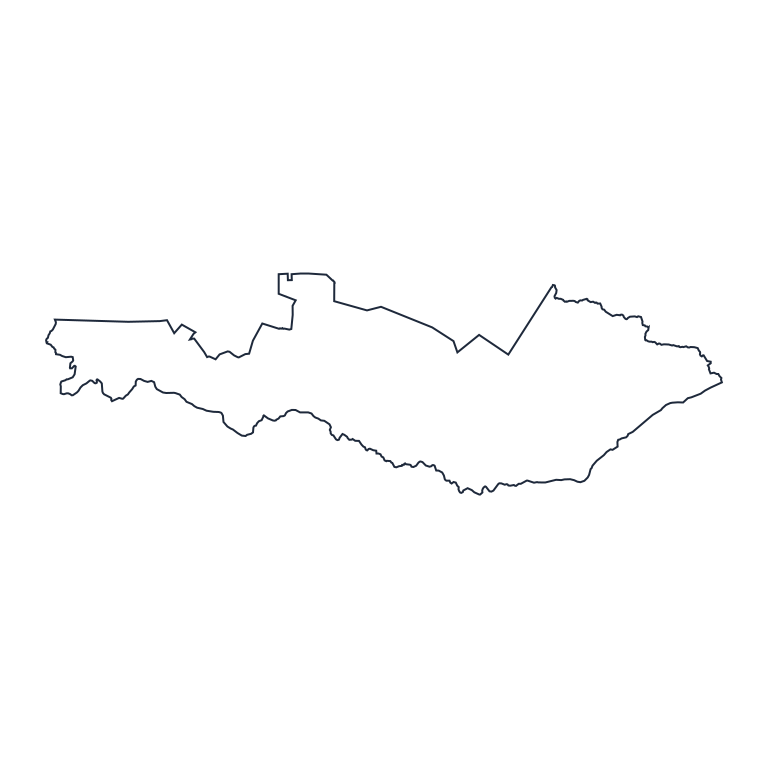 outline of Kafue, Lusaka, Zambia
{"feature_id": "96606910B70191271227661", "entity_name": "Kafue", "entity_type": "district", "adm_level": 2, "iso_a3": "ZMB", "parent_name": "Zambia", "parent_adm1": "Lusaka", "projection": "mercator", "projection_center": [28.513, -15.723], "detail": "fine", "context": "isolated", "style": "outline", "palette": "slate", "viewbox_px": 768, "rotation_deg": 0, "n_neighbors": 0, "source": "geoboundaries", "source_scale": "gbopen_adm2", "svg_char_len": 6058}
<svg xmlns="http://www.w3.org/2000/svg" viewBox="0 0 768 768"><path d="M399.1,466.2L401.7,465.9L402.2,465.6L402.2,464.9L403.9,464.8L404.3,463.8L405.1,463.4L405.9,464.2L409.9,464.7L410.7,465.1L411.5,466.7L413.4,467.0L416.2,465.7L418.4,462.7L419.6,461.7L420.6,461.5L422.5,462.1L425.8,465.5L429.5,466.7L431.3,466.2L432.4,465.1L433.6,465.1L434.6,465.7L436.2,470.5L438.7,470.6L442.2,472.5L443.9,475.5L444.8,479.2L445.4,480.0L446.4,480.7L449.5,480.7L450.3,482.6L451.6,483.5L453.6,482.0L455.8,482.6L457.2,485.6L458.7,487.1L458.5,489.3L459.1,491.0L460.0,492.4L461.2,492.9L462.8,492.1L463.3,490.5L467.6,488.2L471.8,490.1L474.3,492.3L479.2,494.5L480.2,494.5L482.4,492.5L482.2,490.6L482.6,489.2L483.6,487.5L485.1,486.4L486.0,486.8L489.5,491.3L491.4,491.6L493.4,490.6L498.3,484.0L499.3,483.3L501.4,483.4L504.7,484.7L506.6,484.2L507.5,484.4L508.4,485.5L510.3,485.7L513.9,485.0L514.6,485.6L516.0,485.9L518.7,483.8L520.8,483.8L526.7,480.6L527.6,480.6L534.0,482.7L537.1,482.1L538.2,482.4L545.2,482.5L556.1,479.8L561.3,480.1L564.4,479.4L570.2,479.2L574.2,480.2L577.4,481.7L580.4,482.2L584.4,480.8L587.7,477.5L589.1,474.9L590.6,469.1L591.6,468.1L592.5,465.7L596.8,460.7L603.8,455.2L606.6,452.0L610.4,449.4L612.6,449.8L617.6,446.6L617.4,442.0L618.2,439.8L619.7,439.5L621.6,438.4L626.2,437.3L627.7,435.7L628.2,434.1L632.7,431.9L652.7,414.9L660.9,410.1L662.4,408.2L666.0,405.0L670.2,403.1L672.3,402.7L677.9,402.3L683.1,402.5L687.8,398.2L691.4,397.3L700.7,393.7L705.0,390.6L710.6,387.6L721.9,382.4L721.0,379.6L721.4,378.0L719.5,376.1L718.3,374.0L716.6,374.0L714.0,372.7L710.5,373.4L708.9,369.2L709.2,368.3L708.7,366.8L707.8,365.4L710.7,363.3L710.7,361.7L707.1,361.0L703.6,355.3L703.0,355.3L701.8,356.4L700.5,355.6L699.9,354.1L700.2,353.0L700.0,351.9L698.8,350.5L697.7,348.1L694.4,347.2L690.6,347.0L689.3,347.5L687.9,347.4L686.2,346.3L683.3,347.1L682.4,346.8L680.4,347.2L679.3,346.9L678.8,346.1L677.1,346.4L673.2,345.1L672.1,345.5L668.7,344.5L664.0,344.3L661.4,344.8L659.8,343.6L658.9,343.5L657.2,344.4L655.2,342.3L654.1,341.9L652.7,342.2L651.7,341.7L649.7,341.7L648.1,341.3L646.4,340.2L645.8,340.4L645.2,339.9L644.9,337.0L645.5,335.4L645.4,333.8L646.5,331.6L648.2,330.1L648.6,327.5L648.4,327.7L647.5,326.6L645.4,326.3L644.8,325.4L642.8,325.1L642.3,323.0L642.5,321.5L641.0,317.0L638.2,316.3L637.0,317.1L634.8,316.4L630.0,316.7L628.0,317.9L626.9,319.1L626.4,319.2L625.5,318.9L623.8,317.0L623.3,315.5L621.9,314.6L620.4,314.8L620.1,315.3L616.7,314.8L612.7,316.1L605.7,311.7L604.2,309.7L602.5,309.3L601.6,307.8L601.6,306.7L600.2,303.5L597.5,303.6L596.6,302.6L595.9,302.5L595.1,302.9L593.1,301.7L590.6,302.1L587.6,300.3L587.5,299.3L586.8,298.8L583.0,299.9L582.1,300.5L580.2,300.4L579.1,301.0L577.8,302.6L575.8,302.0L574.6,301.0L573.3,300.8L569.2,300.9L566.8,301.8L566.2,301.4L565.0,301.8L563.4,300.5L563.2,299.9L560.7,298.8L558.9,298.8L556.7,297.9L555.6,298.6L554.8,297.8L554.5,296.2L556.2,293.0L556.6,290.1L555.1,287.4L555.0,285.9L554.6,285.3L552.9,285.0L552.1,287.0L551.4,287.3L508.3,354.6L479.1,334.9L457.4,352.4L453.5,341.1L432.2,327.4L381.0,306.8L367.0,310.4L334.2,301.2L334.3,283.0L334.6,283.0L334.6,282.3L333.1,280.5L332.7,280.6L326.4,274.7L308.1,273.5L301.0,273.5L291.6,274.2L291.8,280.1L287.9,280.2L287.7,273.7L278.7,274.2L278.7,293.8L295.7,300.3L292.6,305.8L292.7,314.9L291.3,329.0L289.3,329.6L284.5,328.6L283.1,328.8L282.5,328.1L281.1,328.7L280.0,328.3L279.1,328.8L262.3,323.5L252.9,340.7L249.1,353.7L245.3,354.1L238.8,357.4L237.7,357.2L234.1,355.4L229.6,351.8L227.7,351.4L219.6,354.4L215.6,359.3L209.7,356.6L208.7,356.5L207.1,357.1L204.2,352.1L194.2,338.6L191.8,338.7L191.5,339.2L189.9,339.5L193.5,333.9L195.4,332.3L181.8,324.6L174.2,333.2L167.0,320.2L159.8,321.1L128.3,321.8L54.9,319.6L55.9,322.2L55.7,324.0L52.8,329.6L51.4,331.0L50.3,331.4L49.7,333.4L48.5,335.2L47.9,337.8L46.7,338.8L46.1,340.2L46.4,341.9L47.1,342.1L46.6,342.7L46.8,343.3L50.7,344.7L52.4,346.9L53.6,347.4L54.1,348.5L55.4,349.7L55.4,352.3L55.9,352.8L56.0,354.2L60.0,354.8L62.1,356.0L65.8,357.2L71.1,356.7L72.7,357.1L73.2,360.3L72.7,361.3L70.4,363.3L69.9,367.8L70.1,368.3L71.9,368.3L74.2,365.9L74.8,365.8L75.7,366.5L74.6,374.3L72.7,377.3L67.9,379.3L66.6,379.3L65.5,380.2L61.4,381.5L61.0,382.2L60.3,384.4L60.8,386.3L60.7,393.2L62.6,394.0L63.9,394.2L66.8,393.3L68.1,393.3L70.1,394.1L71.7,395.3L72.9,395.2L77.0,392.4L78.5,390.8L80.5,387.5L82.8,385.2L86.4,383.4L89.8,380.6L90.4,380.4L92.2,380.8L94.6,383.1L95.7,383.3L96.8,382.7L96.9,381.7L96.5,380.2L96.9,379.5L97.5,379.4L100.2,381.5L101.8,383.4L102.4,391.5L102.9,392.9L104.1,394.3L110.8,397.7L111.4,398.7L111.2,400.0L112.0,401.2L119.1,397.9L122.3,398.8L123.2,398.6L125.8,395.7L127.9,394.4L129.2,392.5L132.2,389.1L133.8,386.5L135.6,385.5L135.8,381.5L136.9,379.7L138.1,378.9L140.5,379.0L144.1,380.9L147.6,381.9L151.4,380.9L154.1,382.2L155.3,386.7L156.8,389.1L163.0,392.5L166.2,393.0L174.0,392.8L175.5,393.1L179.8,394.6L181.6,397.0L184.6,399.2L186.5,401.8L192.0,404.1L194.3,406.1L197.1,407.7L202.8,409.0L206.5,410.7L213.3,411.8L218.8,412.0L220.8,412.6L221.5,413.1L222.9,415.6L223.5,422.0L227.4,426.5L230.6,428.5L232.9,429.5L237.5,433.0L241.8,435.6L245.6,436.0L247.1,434.8L251.1,433.8L253.0,432.4L253.4,427.7L253.9,426.5L254.8,425.8L256.0,425.6L257.1,423.2L258.9,421.2L261.6,420.2L263.4,416.5L263.3,416.0L263.9,415.4L268.0,418.4L273.0,420.5L274.7,420.7L276.0,420.3L276.3,419.7L278.5,418.6L280.3,416.4L283.6,416.1L284.9,415.4L286.0,413.1L287.6,411.5L291.9,409.9L295.6,410.0L300.1,412.4L308.2,412.4L311.5,413.5L313.5,416.1L315.3,417.5L318.3,418.6L320.9,420.4L324.3,420.8L329.5,424.3L330.9,427.2L329.8,429.9L330.6,431.6L330.7,433.4L331.8,434.9L333.4,435.4L335.9,439.2L336.5,439.7L337.7,440.1L339.0,439.6L339.6,437.8L342.5,434.0L344.3,434.8L347.1,436.8L347.7,438.1L349.3,439.8L351.8,439.6L352.6,439.0L355.2,440.8L359.0,440.9L361.5,444.6L363.4,446.6L365.0,447.3L365.6,449.2L366.4,450.2L367.3,450.4L368.6,449.0L369.9,448.7L373.2,450.2L376.2,450.7L376.5,453.5L378.4,453.5L380.5,454.3L381.6,456.6L383.3,457.4L384.6,460.4L386.3,461.2L386.8,460.8L390.3,461.1L391.4,462.6L392.3,462.9L394.4,466.9L396.3,467.3L399.1,466.2Z" fill="none" stroke="#1e293b" stroke-width="2"/></svg>